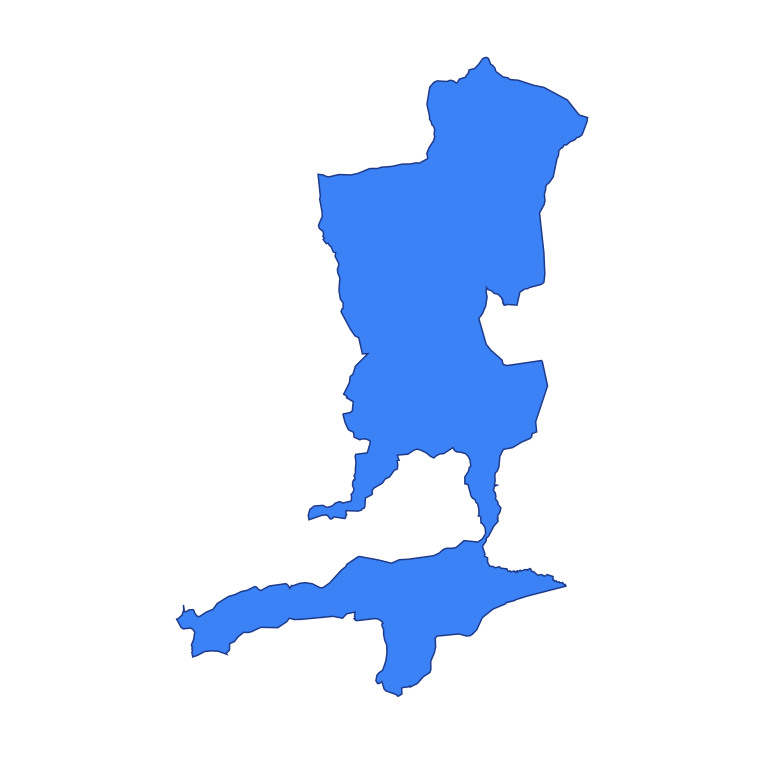 Uyui, Tabora, United Republic of Tanzania, rotated 263°
{"feature_id": "72390352B28683809474818", "entity_name": "Uyui", "entity_type": "district", "adm_level": 2, "iso_a3": "TZA", "parent_name": "United Republic of Tanzania", "parent_adm1": "Tabora", "projection": "mercator", "projection_center": [33.083, -4.94], "detail": "fine", "context": "isolated", "style": "filled", "palette": "blue", "viewbox_px": 768, "rotation_deg": 263, "n_neighbors": 0, "source": "geoboundaries", "source_scale": "gbopen_adm2", "svg_char_len": 6151}
<svg xmlns="http://www.w3.org/2000/svg" viewBox="0 0 768 768"><g transform="rotate(263 384 384)"><path d="M134.9,195.1L136.0,194.6L138.6,198.1L145.2,199.2L146.5,204.0L150.9,208.4L154.6,214.4L153.9,219.1L154.4,222.7L157.5,231.9L155.1,248.9L159.8,258.3L163.1,261.5L161.2,266.0L160.5,272.9L159.6,305.2L156.6,314.3L160.5,319.1L161.1,327.5L157.0,326.4L155.0,326.8L154.7,325.7L153.0,326.8L152.4,328.3L152.3,346.0L151.4,349.7L148.3,353.2L146.6,353.8L146.3,352.9L144.9,352.4L140.3,353.7L135.5,353.1L129.7,353.5L124.4,354.9L116.4,354.1L109.0,352.1L100.3,348.0L97.5,343.1L95.5,341.4L90.6,339.8L87.5,341.1L87.4,343.0L88.8,345.7L81.4,346.9L79.2,348.4L74.3,358.2L72.3,359.8L74.1,364.0L79.5,364.4L80.5,365.3L80.4,370.9L81.1,372.7L80.0,372.9L82.6,380.5L88.7,387.4L92.2,394.5L94.9,395.7L103.1,396.6L111.3,401.3L116.8,403.2L125.2,403.8L127.3,405.8L126.8,427.9L123.8,435.3L123.7,438.6L124.9,441.3L128.8,446.1L140.1,453.1L147.3,464.7L151.0,477.8L152.1,478.8L153.1,487.0L153.9,488.5L156.1,500.6L161.2,539.9L162.9,539.5L162.6,538.5L165.1,537.1L165.3,534.1L166.2,533.8L166.3,531.5L167.6,531.0L167.3,529.4L168.5,529.0L168.6,527.9L172.3,528.3L175.0,522.7L173.8,521.0L174.2,518.5L175.2,518.2L175.7,516.5L175.3,513.4L179.6,509.6L180.0,507.6L182.5,507.1L183.1,506.0L181.6,503.9L182.3,503.7L182.6,501.3L181.6,497.2L182.6,496.5L181.6,494.6L182.3,493.6L181.0,493.2L181.8,492.2L181.1,491.5L182.5,490.5L182.1,487.0L183.2,486.3L182.8,485.1L183.5,484.1L185.6,483.4L187.0,477.3L188.5,476.5L188.1,471.9L189.6,469.9L190.3,466.7L194.5,465.1L198.8,465.6L201.0,462.7L202.8,463.5L210.9,461.9L215.7,466.2L218.6,466.9L220.1,469.1L229.8,475.9L233.6,480.3L235.0,480.6L236.3,479.9L237.1,480.9L239.0,480.6L243.2,483.7L246.8,484.9L250.3,482.7L253.3,482.5L256.3,480.6L258.5,481.3L262.3,481.2L264.8,479.7L269.0,481.1L269.8,483.9L270.6,481.5L271.2,481.4L274.1,482.5L279.6,482.8L282.2,483.7L283.9,485.9L287.9,488.0L297.9,490.1L304.6,494.5L305.2,503.8L309.7,513.9L312.1,522.2L313.5,524.0L316.7,525.0L317.9,529.7L328.0,529.9L362.2,546.1L386.7,543.9L388.1,543.2L387.3,508.3L388.9,504.6L393.3,504.1L404.8,494.0L410.9,490.3L437.4,486.1L441.9,490.3L448.8,494.3L457.7,496.9L462.5,496.6L467.2,497.5L465.2,498.7L462.9,502.7L460.6,504.3L459.3,508.0L455.4,511.1L453.4,511.6L453.5,512.1L449.9,511.8L449.7,512.6L448.0,512.4L447.3,513.9L448.0,515.8L446.1,525.6L458.7,530.1L461.4,535.8L461.1,538.0L462.0,540.0L463.7,552.2L465.4,555.1L473.4,557.0L495.1,558.7L534.8,559.2L542.4,564.7L546.2,566.1L552.9,566.3L557.3,568.2L559.7,568.4L562.0,569.8L563.8,572.6L568.9,577.2L586.8,583.2L589.1,584.8L594.4,586.1L596.4,588.4L596.9,590.1L599.3,591.9L599.1,594.3L601.7,598.2L603.2,603.3L605.2,605.4L605.4,607.9L607.3,611.0L619.5,617.4L623.6,618.5L627.3,610.4L643.5,600.6L658.9,578.9L662.2,569.0L669.1,554.4L670.8,546.3L672.8,544.3L674.2,539.7L680.6,533.1L684.2,532.5L687.0,530.7L688.2,528.9L694.2,527.4L695.7,525.6L695.5,523.1L694.6,521.3L689.5,516.7L686.0,512.2L685.4,506.8L681.8,505.3L680.3,503.4L678.6,502.5L677.5,496.0L674.1,493.4L674.0,492.4L676.3,489.9L677.4,487.0L676.6,483.2L678.4,473.6L677.2,470.1L673.0,465.6L656.4,460.7L644.8,461.8L640.9,461.5L639.1,462.6L635.4,463.2L633.6,464.7L630.5,465.3L625.9,464.2L622.9,464.5L619.1,462.6L613.3,457.7L607.7,454.6L603.4,455.0L602.2,454.4L598.9,446.0L599.6,442.8L599.2,437.1L600.0,428.7L599.0,418.4L599.5,407.9L598.7,404.0L599.6,396.1L596.2,383.8L595.5,376.6L597.4,364.8L596.3,354.9L597.0,352.0L598.9,349.2L600.2,344.1L578.1,343.7L575.5,342.7L562.4,343.5L557.8,343.1L549.5,338.3L546.4,338.7L542.9,342.0L540.4,342.4L537.9,341.3L536.0,342.7L534.9,341.2L530.3,343.8L530.7,345.7L528.0,346.8L526.7,348.2L521.3,349.7L520.0,352.1L516.8,351.0L509.9,353.5L508.0,353.8L503.4,351.7L499.9,351.7L494.6,353.1L482.5,350.7L473.7,351.0L469.5,353.3L464.0,352.6L463.4,351.2L460.9,350.2L442.7,357.2L435.4,361.0L433.0,364.6L416.5,366.2L416.1,371.8L405.3,357.9L397.6,354.4L395.5,351.3L389.6,349.9L378.8,342.7L376.4,345.7L374.9,345.1L370.2,351.3L361.0,349.2L359.7,346.5L359.3,340.1L358.7,339.6L350.5,340.7L344.9,342.4L342.6,343.4L339.9,347.8L334.9,347.9L331.6,353.2L332.2,355.5L331.4,360.0L329.6,362.8L327.6,363.3L317.7,359.0L317.6,347.4L315.9,346.6L309.4,346.6L301.6,344.9L299.8,345.1L296.7,343.1L293.5,343.8L292.2,343.0L292.7,342.6L292.1,341.8L289.6,340.8L287.1,340.4L283.3,341.4L280.1,340.0L278.4,337.9L275.6,338.1L271.8,337.1L270.9,328.7L272.7,325.6L271.7,321.2L269.3,317.9L268.5,313.3L268.9,311.4L271.0,308.7L271.4,299.8L268.5,295.1L262.9,292.8L258.4,293.0L261.2,306.1L261.2,310.2L260.4,311.9L256.6,314.2L256.5,315.9L258.2,318.1L255.2,328.8L256.8,330.0L258.2,330.0L258.8,331.0L259.5,330.5L262.9,330.9L261.0,343.0L261.6,346.3L262.6,347.0L263.3,349.2L264.5,350.0L273.1,351.7L275.7,358.6L277.0,359.2L279.3,359.0L282.0,361.4L285.8,370.4L289.4,373.3L291.1,378.1L297.0,383.6L298.1,386.9L302.9,387.9L305.7,387.5L306.5,387.9L306.4,389.7L311.8,388.5L311.4,399.0L314.8,405.9L315.3,408.7L314.2,411.9L310.5,417.6L306.6,421.3L304.5,424.5L306.1,426.6L307.8,430.8L307.6,434.8L312.4,444.5L309.2,446.1L307.6,448.2L307.4,450.8L304.9,456.5L301.7,458.9L298.0,460.1L291.8,460.1L290.7,458.4L287.1,457.2L281.9,452.9L275.0,452.1L274.1,455.1L262.1,456.8L259.9,457.9L258.2,460.2L254.9,461.1L254.0,462.3L247.9,462.9L242.7,462.3L241.6,461.5L241.1,463.2L239.8,463.8L234.2,463.3L233.4,464.7L229.2,466.8L223.3,466.7L218.3,462.8L215.7,458.0L218.8,444.3L213.0,435.8L212.6,431.8L213.3,425.9L212.5,422.7L209.3,417.9L207.5,412.2L207.1,386.4L207.7,377.8L205.2,369.6L209.9,357.3L215.8,338.7L215.7,337.3L209.6,325.2L207.3,323.7L204.4,318.9L193.1,305.8L189.3,298.6L189.6,295.7L194.5,288.4L196.3,282.0L196.5,276.3L194.8,269.0L195.3,267.6L192.7,265.6L196.1,264.1L197.8,262.3L197.5,245.5L194.0,236.6L195.2,234.7L198.2,232.4L198.7,231.0L195.9,222.9L195.4,217.1L193.2,210.6L192.0,203.7L186.5,191.7L181.3,187.0L179.2,179.6L175.6,172.5L176.2,170.3L179.7,168.2L182.8,167.6L183.4,166.8L183.5,162.5L182.2,160.6L182.5,158.2L189.2,158.0L184.2,157.7L179.3,155.4L176.2,151.2L175.9,149.5L166.9,153.1L165.4,155.1L165.4,162.1L163.8,164.3L160.8,165.9L153.8,164.0L148.3,161.0L146.4,161.6L143.9,161.0L143.2,161.7L141.2,160.6L136.4,160.9L137.4,165.8L140.3,173.2L140.2,180.0L139.0,186.8L134.9,195.1Z" fill="#3b82f6" stroke="#1e3a8a" stroke-width="1.5"/></g></svg>